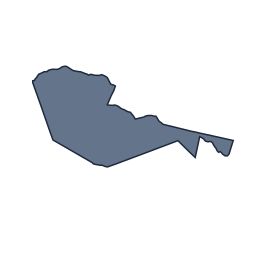 Morrinhos, Ceará, Brazil (orthographic projection), rotated 196°
{"feature_id": "56859067B53703950376304", "entity_name": "Morrinhos", "entity_type": "district", "adm_level": 2, "iso_a3": "BRA", "parent_name": "Brazil", "parent_adm1": "Ceará", "projection": "orthographic", "projection_center": [-40.117, -3.283], "detail": "fine", "context": "isolated", "style": "filled", "palette": "slate", "viewbox_px": 256, "rotation_deg": 196, "n_neighbors": 0, "source": "geoboundaries", "source_scale": "gbopen_adm2", "svg_char_len": 1637}
<svg xmlns="http://www.w3.org/2000/svg" viewBox="0 0 256 256"><g transform="rotate(196 128 128)"><path d="M196.8,95.8L153.1,84.9L151.5,84.0L149.6,84.0L147.6,84.2L146.1,84.4L144.5,84.5L142.6,85.1L139.5,84.7L137.0,84.9L128.6,90.9L124.9,93.7L101.9,110.7L94.0,116.6L76.5,129.6L62.0,121.7L55.3,118.2L56.7,139.5L54.4,139.0L52.2,138.4L50.9,137.2L49.5,136.7L47.3,136.8L44.8,137.9L42.7,137.1L41.2,135.4L39.3,133.8L37.6,132.5L36.3,130.9L34.3,129.6L32.8,130.7L31.4,130.0L29.5,128.8L27.0,128.0L24.8,128.6L23.7,131.0L23.4,145.0L31.5,144.5L40.4,144.0L44.7,143.7L57.4,142.9L62.1,142.7L66.5,142.3L95.3,141.2L97.6,142.3L99.6,142.9L101.2,144.1L102.9,145.8L104.5,147.1L106.6,146.5L108.6,146.6L110.3,146.1L112.5,145.4L114.6,144.2L115.8,142.9L123.5,138.6L124.8,139.8L126.4,141.3L128.4,142.6L130.1,143.8L132.1,143.6L133.9,143.9L135.8,144.3L137.5,144.7L139.2,144.6L140.8,145.2L143.5,146.2L145.9,146.5L147.6,146.3L149.0,145.5L151.0,145.1L152.6,144.7L154.3,144.6L153.1,154.3L152.0,159.7L151.7,164.9L154.4,165.4L156.4,165.3L158.3,167.0L160.2,169.2L161.9,170.8L164.0,171.5L165.8,171.8L168.0,172.0L170.5,170.5L173.1,169.9L175.2,169.4L177.8,169.5L179.3,169.0L180.5,167.9L182.2,168.5L184.5,168.6L186.5,168.7L188.6,169.0L191.1,168.6L193.8,168.3L196.4,168.1L198.5,168.6L200.1,169.1L201.8,169.7L204.5,170.3L206.4,169.7L208.3,168.5L209.6,166.9L211.4,165.3L213.3,164.5L215.7,164.0L217.6,163.3L219.0,162.4L220.5,161.5L221.0,160.1L222.7,159.4L224.2,158.9L225.5,157.7L227.0,156.4L228.5,155.3L229.4,153.0L229.8,151.3L230.7,149.8L231.0,148.0L232.6,147.2L232.0,145.2L219.2,127.3L217.9,125.5L202.8,104.1L196.8,95.8Z" fill="#64748b" stroke="#1e293b" stroke-width="1.5"/></g></svg>